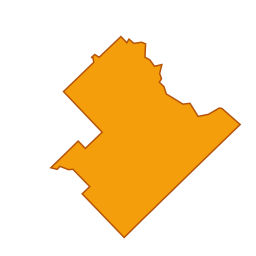 the district of Franklin, Idaho, United States of America, rotated 316°
{"feature_id": "52423323B56799864768265", "entity_name": "Franklin", "entity_type": "district", "adm_level": 2, "iso_a3": "USA", "parent_name": "United States of America", "parent_adm1": "Idaho", "projection": "equal_earth", "projection_center": [-111.772, 42.214], "detail": "fine", "context": "isolated", "style": "filled", "palette": "amber", "viewbox_px": 256, "rotation_deg": 316, "n_neighbors": 0, "source": "geoboundaries", "source_scale": "gbopen_adm2", "svg_char_len": 707}
<svg xmlns="http://www.w3.org/2000/svg" viewBox="0 0 256 256"><g transform="rotate(316 128 128)"><path d="M49.2,204.1L75.4,203.8L93.5,203.8L101.3,203.7L111.9,203.7L145.7,203.5L148.7,203.5L211.1,203.4L209.1,179.1L207.4,177.0L195.3,174.0L186.5,168.4L189.7,153.3L184.1,149.0L179.2,130.2L182.6,123.1L182.3,116.8L186.3,115.9L188.6,110.8L196.4,105.9L189.9,102.0L191.0,94.2L189.4,88.8L199.1,79.7L197.3,75.7L191.0,71.2L190.4,64.7L186.4,65.9L186.4,57.3L156.4,57.1L155.1,52.0L150.3,51.9L151.9,52.6L149.0,57.0L112.2,57.0L106.9,57.0L106.5,113.1L83.1,113.0L83.1,102.8L44.9,103.0L48.3,108.5L52.4,108.3L56.3,116.7L59.7,119.4L59.8,143.6L49.3,143.5L49.2,204.1Z" fill="#f59e0b" stroke="#b45309" stroke-width="1.5"/></g></svg>